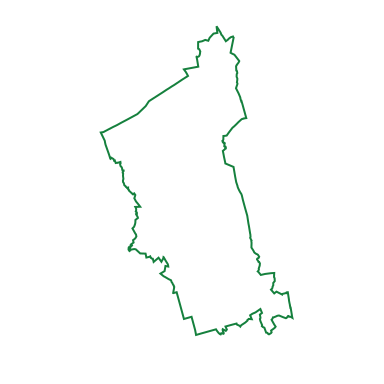 Jaunpils pag., Jaunpils, Latvia, rotated 257°
{"feature_id": "27541924B39343861485038", "entity_name": "Jaunpils pag.", "entity_type": "district", "adm_level": 2, "iso_a3": "LVA", "parent_name": "Latvia", "parent_adm1": "Jaunpils", "projection": "robinson", "projection_center": [22.962, 56.749], "detail": "fine", "context": "isolated", "style": "outline", "palette": "green", "viewbox_px": 384, "rotation_deg": 257, "n_neighbors": 0, "source": "geoboundaries", "source_scale": "gbopen_adm2", "svg_char_len": 5865}
<svg xmlns="http://www.w3.org/2000/svg" viewBox="0 0 384 384"><g transform="rotate(257 192 192)"><path d="M270.5,116.5L261.7,118.5L261.1,118.5L259.6,118.4L257.6,118.4L249.7,119.3L247.0,119.6L242.8,119.9L242.7,120.0L243.5,120.4L243.8,120.8L241.8,122.9L241.3,123.0L241.1,123.1L240.6,123.1L239.9,123.2L240.0,123.9L238.9,123.9L238.6,124.0L238.2,124.2L237.4,124.2L237.3,126.1L237.2,126.1L237.2,126.7L237.4,129.0L236.1,128.9L235.7,128.4L235.3,128.2L233.4,128.2L232.8,128.5L232.5,128.8L231.9,129.0L231.7,129.1L230.5,129.2L229.2,129.0L228.8,129.4L228.4,130.2L227.7,130.0L227.1,129.0L225.8,129.0L225.8,128.9L225.3,129.0L223.3,128.4L220.2,128.1L218.9,127.4L218.3,127.2L217.0,127.1L216.2,127.5L215.1,127.6L213.8,127.6L213.5,127.8L212.6,128.6L211.9,128.7L211.2,129.5L210.7,129.5L210.3,129.8L210.5,130.7L209.1,130.4L208.5,130.9L207.7,130.8L203.9,133.3L203.6,134.1L203.0,133.9L202.9,134.0L203.6,135.4L201.8,136.1L200.0,135.1L198.9,134.4L195.4,135.3L191.8,137.1L189.3,138.2L190.2,133.4L188.5,133.8L187.1,133.6L186.6,133.4L185.7,132.8L185.4,132.9L184.9,133.2L184.6,133.6L183.9,133.6L182.9,133.3L183.0,132.5L182.9,132.5L180.1,133.4L178.9,133.5L177.5,130.6L174.9,129.9L174.0,129.5L172.8,128.9L172.7,128.8L172.8,128.8L171.2,127.8L169.9,125.8L164.3,127.4L163.2,127.9L161.2,127.8L159.6,126.3L158.7,124.6L158.3,123.7L155.9,123.7L154.7,120.9L154.2,120.9L153.4,121.5L153.2,121.3L153.0,120.8L153.1,120.5L153.4,120.2L153.5,120.0L152.6,119.8L151.8,119.5L151.4,119.1L151.4,118.9L152.1,118.4L152.4,118.2L152.2,117.9L151.8,117.7L150.1,117.2L149.6,117.4L148.9,117.6L148.6,117.8L148.8,118.1L149.6,118.2L149.6,118.5L149.5,118.8L149.3,119.0L149.6,119.2L149.4,122.9L148.8,124.3L143.8,127.7L142.4,132.9L138.4,132.8L138.4,135.6L138.7,136.8L137.2,137.0L137.1,137.4L136.2,137.9L135.6,138.6L135.6,138.8L133.6,138.9L132.5,138.9L135.5,144.6L130.9,146.5L133.8,149.1L135.0,149.6L134.9,149.7L130.9,150.9L129.7,151.3L127.4,152.1L126.7,152.2L125.4,152.2L124.7,152.1L125.9,149.5L121.1,147.5L119.6,142.9L116.3,145.4L115.2,146.7L112.4,149.6L110.7,151.7L108.7,151.9L107.7,152.4L105.9,152.7L105.1,153.2L103.6,153.1L103.4,153.3L101.9,152.7L97.8,150.9L97.7,151.0L97.8,154.5L70.1,155.6L70.3,159.6L70.5,163.5L56.8,164.0L51.8,163.8L52.1,169.3L52.8,184.5L51.3,185.0L48.5,186.3L47.2,187.3L46.8,187.9L47.5,188.6L47.8,188.8L46.8,190.8L47.1,191.1L48.0,191.2L49.0,190.8L50.1,190.8L51.1,190.9L51.4,191.1L50.4,192.2L49.1,193.7L50.1,195.0L53.4,194.4L53.7,201.5L53.8,205.8L52.8,205.9L50.9,208.3L50.0,208.8L50.8,209.6L51.2,210.2L52.8,214.5L54.2,217.1L54.9,217.3L55.2,218.2L55.6,218.7L54.6,221.6L58.8,220.9L59.8,223.5L60.1,225.2L60.4,226.8L62.6,232.3L58.4,233.0L57.3,230.6L53.9,230.4L53.0,229.6L50.9,229.6L46.4,230.4L45.6,229.9L44.5,230.7L43.5,232.0L38.3,232.6L37.8,233.8L36.4,234.4L36.0,235.0L36.7,237.2L37.4,238.0L39.2,237.9L39.7,239.0L40.3,240.5L41.2,242.3L42.0,243.2L44.4,242.3L49.6,240.8L49.9,241.3L50.1,241.5L51.5,242.7L51.4,242.8L51.8,245.5L51.9,246.0L52.0,246.3L52.2,247.4L52.1,249.0L49.6,252.5L47.9,255.1L48.0,255.7L48.1,255.9L49.6,257.8L49.5,258.1L48.8,258.1L48.1,260.2L46.8,261.5L49.2,261.5L49.3,261.6L57.0,262.1L57.0,261.8L59.6,261.9L59.7,262.0L61.9,262.0L64.3,262.1L65.9,262.3L72.8,262.8L72.9,261.8L72.9,261.5L72.7,261.2L72.3,261.0L72.4,260.8L72.3,256.3L72.2,256.3L75.9,251.9L74.7,249.3L79.1,247.0L79.6,247.8L79.6,248.0L80.5,248.8L81.8,249.3L82.8,250.2L85.1,250.7L86.6,252.6L89.4,253.1L90.5,252.8L91.5,253.0L94.6,253.9L95.1,250.8L95.7,244.8L95.7,240.4L99.2,238.7L99.8,238.2L100.5,239.1L101.6,239.8L102.4,239.8L105.0,241.4L107.1,242.1L108.7,241.7L108.9,241.1L109.7,241.0L111.7,240.2L112.3,240.5L112.6,241.1L112.8,242.1L113.8,242.9L116.0,242.1L116.5,241.7L117.2,240.7L118.3,239.7L119.1,239.1L121.2,238.6L124.5,237.4L129.1,238.6L131.2,238.8L131.4,239.1L134.0,238.4L134.4,238.4L134.7,238.6L135.0,238.9L137.5,239.3L138.4,239.3L145.8,239.8L148.6,239.9L156.5,240.5L164.8,240.1L173.0,239.8L174.2,239.8L177.4,239.8L179.0,239.6L180.9,238.9L183.1,238.3L185.5,237.8L187.0,237.6L187.5,237.7L191.6,237.3L197.0,237.5L207.1,238.1L212.3,230.9L213.2,231.0L219.5,231.1L221.7,231.2L225.1,231.3L226.3,233.7L226.7,233.9L226.9,234.2L227.2,234.6L227.1,234.8L227.5,234.9L228.0,235.0L228.4,234.9L228.4,234.7L228.7,234.4L229.1,234.4L229.3,234.3L229.4,234.1L229.2,233.8L229.4,233.7L230.0,234.0L230.3,234.2L231.3,234.3L231.6,234.6L231.8,234.8L232.2,234.9L232.4,234.8L232.5,234.5L232.4,234.4L232.1,234.1L232.7,233.7L233.0,233.6L233.6,233.8L233.7,233.7L233.8,233.2L234.2,233.1L234.8,233.2L234.7,233.6L235.0,233.7L235.3,233.7L236.0,234.3L236.3,234.4L239.5,235.2L239.3,236.9L239.2,238.1L239.2,238.5L241.7,241.3L245.5,245.9L246.0,246.9L246.4,247.7L248.0,250.4L249.8,253.2L250.0,253.6L251.8,256.8L251.9,259.1L252.0,259.1L251.8,261.5L263.4,261.0L265.9,260.9L269.3,260.7L269.2,260.4L271.8,260.2L273.3,260.3L275.7,259.9L277.5,259.6L283.2,258.2L287.1,260.6L287.7,260.7L288.6,260.4L290.9,261.3L292.4,261.7L294.3,261.4L296.8,262.1L297.7,262.9L299.6,263.0L300.4,262.8L300.5,262.5L302.7,262.9L304.5,263.2L305.1,263.6L305.2,263.8L305.6,264.2L305.8,264.2L307.4,266.2L308.7,267.4L309.0,267.5L315.8,264.4L316.3,264.1L317.8,262.2L319.0,260.9L333.1,267.3L333.6,267.0L334.3,266.9L334.1,264.6L333.0,262.1L332.5,261.6L331.3,258.9L337.6,256.7L338.6,256.0L340.9,255.7L348.0,253.2L341.3,252.5L341.5,248.6L338.3,243.9L335.7,241.9L337.2,239.1L336.6,235.7L336.7,232.9L336.7,231.7L330.3,230.2L329.8,230.9L329.4,231.2L327.9,231.5L327.1,231.7L326.6,231.4L325.8,231.2L324.8,230.8L323.8,230.3L323.0,229.7L322.6,229.2L322.4,228.3L322.4,227.5L322.8,226.9L322.7,226.8L320.3,226.8L312.7,226.3L312.7,226.1L313.3,212.1L313.3,211.9L313.3,211.7L310.5,212.9L308.3,213.6L306.0,214.2L303.7,207.7L300.2,198.5L299.5,196.3L298.1,192.5L297.3,190.1L295.7,185.9L290.9,172.5L290.1,170.4L286.1,166.2L281.9,159.2L281.4,158.4L280.2,156.3L279.3,153.0L277.2,145.4L275.4,138.6L274.1,134.1L273.6,132.0L273.2,130.1L270.8,120.9L270.3,119.2L270.5,116.5Z" fill="none" stroke="#15803d" stroke-width="2"/></g></svg>